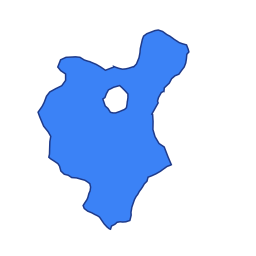 Khojaly District, Xocalı, Azerbaijan (Robinson projection), rotated 249°
{"feature_id": "54616110B87325868620163", "entity_name": "Khojaly District", "entity_type": "district", "adm_level": 2, "iso_a3": "AZE", "parent_name": "Azerbaijan", "parent_adm1": "Xocalı", "projection": "robinson", "projection_center": [46.732, 39.84], "detail": "fine", "context": "isolated", "style": "filled", "palette": "blue", "viewbox_px": 256, "rotation_deg": 249, "n_neighbors": 0, "source": "geoboundaries", "source_scale": "gbopen_adm2", "svg_char_len": 2153}
<svg xmlns="http://www.w3.org/2000/svg" viewBox="0 0 256 256"><g transform="rotate(249 128 128)"><path d="M149.2,174.6L152.5,176.3L155.1,182.6L158.4,186.4L159.9,190.5L160.0,194.8L162.6,198.7L164.8,202.3L167.8,205.0L168.2,205.3L171.6,207.3L175.7,209.3L177.2,212.1L180.1,212.4L184.6,212.4L187.4,208.7L189.4,206.4L194.2,202.9L198.6,200.1L201.2,197.8L205.7,194.9L208.6,191.4L209.3,188.1L209.3,183.2L209.3,179.4L208.2,175.5L205.6,173.2L197.8,168.0L193.9,166.1L189.7,163.5L184.7,158.8L183.2,155.6L183.3,155.6L183.6,150.0L184.0,147.1L184.9,143.9L187.0,140.8L189.0,138.4L190.5,136.8L190.0,136.8L190.0,131.7L190.0,127.6L194.8,124.3L198.8,121.1L202.8,116.9L203.6,116.2L204.6,114.7L207.2,111.5L211.2,108.5L213.2,104.6L216.2,95.4L215.8,89.5L210.1,84.3L205.7,85.7L200.8,89.1L194.8,86.8L191.2,81.3L190.7,75.7L190.7,75.2L189.7,67.9L186.9,63.3L182.0,59.0L179.0,55.7L175.0,49.7L169.9,49.6L159.9,49.9L153.1,52.1L147.9,52.9L143.3,50.2L139.1,48.4L131.7,45.3L129.1,43.6L127.1,44.6L123.6,47.2L119.8,49.8L117.0,50.4L111.9,49.9L107.7,51.9L105.3,55.3L101.9,57.7L99.9,62.0L97.2,65.6L94.7,69.0L92.0,71.0L89.7,72.4L86.2,71.9L82.9,70.1L80.8,68.0L77.6,65.7L75.9,64.1L73.5,60.7L71.7,58.3L68.5,58.3L64.8,60.6L61.8,63.8L59.3,65.9L57.0,68.1L55.0,69.5L51.1,70.4L47.0,71.4L43.0,73.0L40.5,74.5L39.8,75.4L42.4,77.5L42.8,81.2L43.5,83.1L43.9,83.9L43.3,87.0L42.1,89.4L41.2,92.4L41.0,96.6L43.1,98.1L45.5,99.7L48.3,100.6L50.6,102.0L52.7,103.2L56.4,106.3L59.0,108.5L61.3,111.2L62.4,113.1L64.8,115.9L66.4,118.5L67.9,120.6L70.0,123.2L71.5,126.6L74.9,129.1L74.9,132.9L75.2,137.7L75.9,142.2L76.0,142.8L76.7,145.3L78.1,150.6L78.1,154.3L78.2,155.3L86.9,155.0L97.3,155.0L102.4,151.4L110.2,150.1L117.6,150.7L125.0,153.7L131.7,155.8L132.4,155.2L140.6,165.1L142.6,165.2L143.1,165.6L145.5,167.4L147.7,170.0L149.1,171.7L149.5,174.2L149.2,174.6ZM168.7,121.2L170.6,123.4L170.8,125.6L171.2,129.2L170.6,135.4L167.7,136.9L163.6,138.7L159.8,140.1L156.3,138.8L153.3,137.1L153.1,136.9L150.5,135.6L147.5,133.8L146.6,131.5L146.4,125.6L146.5,121.8L147.4,119.5L148.9,117.2L153.4,116.3L153.6,116.2L156.7,114.6L164.1,114.9L164.7,117.4L167.8,120.1L168.7,121.2Z" fill="#3b82f6" stroke="#1e3a8a" stroke-width="1.5"/></g></svg>